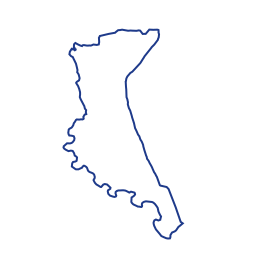 the district of Nianija, Central River, Gambia, rotated 280°
{"feature_id": "56634734B85088174381509", "entity_name": "Nianija", "entity_type": "district", "adm_level": 2, "iso_a3": "GMB", "parent_name": "Gambia", "parent_adm1": "Central River", "projection": "natural_earth1", "projection_center": [-15.106, 13.716], "detail": "fine", "context": "isolated", "style": "outline", "palette": "blue", "viewbox_px": 256, "rotation_deg": 280, "n_neighbors": 0, "source": "geoboundaries", "source_scale": "gbopen_adm2", "svg_char_len": 4065}
<svg xmlns="http://www.w3.org/2000/svg" viewBox="0 0 256 256"><g transform="rotate(280 128 128)"><path d="M202.6,61.4L201.2,60.4L200.1,60.4L199.2,60.6L197.8,60.6L197.7,61.3L197.0,61.3L196.4,62.8L195.9,62.8L195.3,62.1L196.1,60.7L195.8,60.0L196.2,58.8L193.0,57.5L190.4,57.5L188.9,59.4L188.2,61.4L187.1,62.1L186.0,62.9L185.9,63.0L182.3,65.6L179.6,66.8L176.3,68.2L174.1,68.3L173.3,69.1L172.2,70.1L168.9,71.6L168.5,71.7L166.4,71.5L164.6,69.6L163.5,69.1L163.1,69.3L160.6,71.6L157.9,73.2L157.7,73.3L155.1,74.5L154.8,74.6L152.8,75.0L151.1,75.1L150.0,75.2L148.1,76.4L142.4,80.8L142.1,81.1L139.6,82.2L138.3,83.7L136.4,83.7L134.4,84.5L133.7,83.0L131.2,82.1L130.4,82.4L129.8,82.7L129.4,82.7L129.1,82.5L129.0,82.4L128.5,81.6L128.4,80.3L127.8,78.5L127.5,76.0L126.9,75.4L125.9,75.0L125.2,74.8L123.2,73.8L121.2,73.6L120.0,73.1L119.1,72.7L118.5,72.3L117.0,70.4L116.1,69.9L113.0,70.0L111.5,70.6L110.4,71.5L110.6,73.0L110.6,74.9L110.4,76.1L108.6,77.1L106.6,77.1L104.5,76.0L103.5,75.1L102.8,73.7L102.3,70.6L98.9,67.9L97.5,67.9L96.6,68.8L95.8,70.5L94.9,73.4L95.8,75.7L95.8,77.0L95.8,77.5L93.8,79.3L92.5,79.9L91.6,80.3L90.9,82.0L90.2,82.9L87.4,83.1L86.6,83.0L85.8,81.9L85.0,79.8L83.6,79.2L81.5,79.3L80.3,79.4L78.4,83.4L78.3,83.6L78.3,84.1L78.7,86.4L81.0,89.7L82.1,90.0L83.2,91.0L83.2,91.8L82.4,93.7L81.6,94.6L79.3,95.9L78.6,96.6L78.0,97.8L77.6,99.9L77.5,100.3L77.3,101.2L76.3,102.7L74.0,103.8L72.4,103.8L71.4,103.2L70.5,103.2L68.3,104.9L66.9,106.7L66.3,108.4L65.2,111.1L65.3,111.9L67.5,113.2L68.0,113.5L68.8,114.9L68.7,117.3L67.3,119.4L66.7,120.3L66.2,121.1L65.0,121.1L63.1,119.1L62.0,119.1L59.8,120.0L58.3,122.0L58.0,123.9L57.8,125.5L57.8,126.8L58.5,128.0L59.3,128.2L61.6,127.0L62.2,127.0L62.9,127.0L63.4,127.4L64.1,128.0L64.3,128.5L64.8,129.2L64.9,129.9L65.8,133.9L65.9,135.2L65.9,136.4L65.2,138.9L64.7,140.2L64.7,140.8L65.4,141.3L65.8,142.0L65.5,145.6L64.9,146.1L63.8,146.5L62.7,146.0L61.7,145.2L60.2,143.6L55.8,144.1L55.1,144.6L54.0,146.0L53.6,146.8L52.8,149.8L52.3,151.5L52.5,152.6L52.5,154.3L52.5,154.8L52.6,155.0L53.1,155.4L53.9,155.4L54.7,155.0L55.7,154.9L56.3,155.0L56.8,155.2L57.2,155.6L58.1,156.6L58.9,158.4L59.3,164.5L58.9,166.0L57.7,167.9L55.8,169.9L54.5,171.1L51.0,172.5L48.0,174.6L46.6,175.9L44.0,175.7L43.2,175.7L42.2,174.0L42.7,171.4L41.7,170.1L40.8,169.8L39.4,169.6L38.1,169.9L36.2,170.8L33.0,173.1L30.4,176.2L29.4,177.4L27.4,179.6L26.7,182.2L26.1,184.8L26.1,186.6L26.6,188.5L27.9,188.7L29.9,188.4L32.7,189.5L34.3,192.0L35.5,193.1L39.5,194.9L39.9,195.4L43.6,198.5L44.7,196.2L54.6,190.7L57.9,188.9L71.9,180.4L74.9,178.6L76.6,176.3L76.9,170.0L77.2,169.3L84.9,164.9L85.9,164.0L87.7,162.7L89.1,161.3L90.5,160.4L91.8,159.5L93.4,158.5L95.1,157.2L95.8,156.6L97.1,155.5L99.1,154.1L100.3,152.9L101.0,152.1L102.9,151.4L104.0,150.6L105.2,150.0L108.8,148.1L112.5,146.3L114.0,145.8L115.6,144.8L116.8,144.0L117.1,143.8L118.8,142.2L121.8,140.6L123.3,139.0L124.4,138.3L127.1,136.5L129.1,135.0L134.2,132.9L134.6,132.6L135.3,132.3L136.2,131.8L139.2,130.2L140.4,129.7L145.6,127.1L147.8,125.4L151.3,123.7L153.4,123.5L155.0,122.8L155.9,122.5L158.1,121.2L165.6,119.6L168.5,118.8L172.8,117.8L173.1,117.7L173.2,117.8L174.3,117.8L176.5,117.8L178.6,118.4L182.7,120.8L183.3,121.5L184.2,122.5L194.0,128.8L194.9,129.2L198.1,130.5L199.1,130.9L199.2,131.0L200.8,131.6L201.4,131.8L210.8,136.9L211.7,137.3L214.7,139.4L220.0,142.1L220.9,142.1L222.2,142.4L222.5,142.5L225.7,142.3L227.3,141.5L228.6,141.3L229.8,141.0L229.9,140.6L229.9,140.0L229.9,139.6L229.8,139.3L229.8,139.1L229.7,138.8L229.7,138.7L229.0,135.4L229.0,135.1L228.6,131.9L223.8,129.1L223.2,126.1L226.0,123.1L226.0,121.6L225.2,119.6L224.6,115.2L224.6,114.9L224.4,113.5L223.8,111.2L223.8,107.9L223.8,106.1L223.8,105.1L223.1,103.3L222.6,101.3L220.6,99.5L219.6,98.8L217.3,92.6L213.7,84.3L212.9,84.1L211.8,83.7L207.6,84.7L205.2,84.7L205.0,84.2L204.4,82.9L204.2,79.4L203.7,78.7L203.1,77.8L202.7,77.0L202.7,76.6L202.6,76.0L202.5,75.3L202.3,74.7L202.1,73.8L202.0,72.9L202.0,72.0L202.0,71.4L202.0,70.6L201.9,70.0L201.8,69.5L201.5,68.9L200.7,68.5L200.8,67.6L201.0,66.4L201.7,63.9L202.6,61.4Z" fill="none" stroke="#1e3a8a" stroke-width="2"/></g></svg>